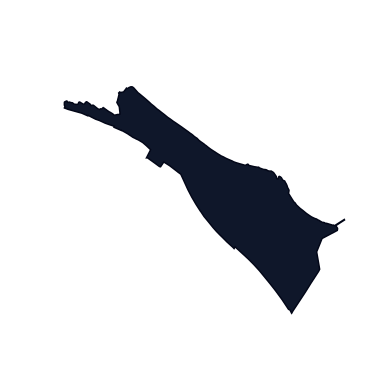 Ainaži, Salacgrivas, Latvia, rotated 112°
{"feature_id": "27541924B80186779852289", "entity_name": "Ainaži", "entity_type": "district", "adm_level": 2, "iso_a3": "LVA", "parent_name": "Latvia", "parent_adm1": "Salacgrivas", "projection": "mercator", "projection_center": [24.349, 57.852], "detail": "fine", "context": "isolated", "style": "filled", "palette": "ink", "viewbox_px": 384, "rotation_deg": 112, "n_neighbors": 0, "source": "geoboundaries", "source_scale": "gbopen_adm2", "svg_char_len": 4781}
<svg xmlns="http://www.w3.org/2000/svg" viewBox="0 0 384 384"><g transform="rotate(112 192 192)"><path d="M148.7,306.8L149.0,307.0L149.1,307.7L149.1,307.9L150.1,308.8L150.1,308.7L150.2,308.8L150.2,309.0L150.2,309.4L150.2,309.9L149.9,311.3L148.7,315.2L148.5,315.9L148.8,316.8L148.9,317.0L149.1,317.3L149.5,317.5L149.7,317.8L149.8,318.0L149.7,318.2L148.9,319.0L148.5,320.0L148.4,320.8L147.8,323.1L147.8,323.4L147.9,323.7L148.3,324.0L149.0,324.4L149.8,324.5L150.3,324.5L150.6,324.6L150.9,324.9L151.1,325.2L151.2,325.5L151.1,326.9L151.0,327.8L150.7,329.0L150.7,329.6L150.7,329.9L150.8,330.2L151.0,330.4L151.4,330.6L151.7,330.6L152.5,330.5L153.1,330.6L153.5,330.9L153.6,331.1L153.9,331.6L154.3,332.8L154.5,333.3L154.6,333.9L154.6,334.5L154.5,335.0L154.1,336.0L154.1,336.5L154.3,337.0L154.4,337.8L154.6,339.6L155.5,340.8L155.2,341.3L154.6,341.8L154.5,342.1L154.6,342.4L155.2,343.0L156.3,343.9L156.7,343.9L158.6,343.2L159.4,342.8L160.3,341.8L161.1,341.8L161.4,341.9L161.9,341.8L161.8,337.8L160.8,328.9L160.2,323.7L160.4,317.8L160.4,317.0L159.8,316.9L160.2,313.3L160.4,310.9L160.6,308.7L160.4,304.6L160.6,300.1L160.7,298.8L160.7,297.9L160.5,293.6L160.3,290.6L160.3,289.5L160.3,289.0L160.2,288.7L161.2,288.6L161.3,284.7L161.4,280.3L161.2,280.3L161.8,275.7L162.1,273.5L162.5,271.7L162.9,269.6L163.2,268.2L163.3,268.0L163.5,266.5L163.5,265.4L163.6,264.6L163.7,264.0L163.8,261.2L164.6,256.2L166.1,251.8L168.3,246.2L177.4,247.0L177.0,246.1L179.2,237.1L180.4,232.5L180.6,231.6L180.5,230.9L180.4,230.6L174.8,229.4L174.9,228.6L176.0,222.5L178.5,213.5L178.8,212.6L179.7,209.0L184.7,203.7L190.3,197.8L191.6,196.4L196.8,190.3L201.9,183.7L206.5,177.2L206.8,176.6L210.3,171.5L210.4,171.3L210.5,171.1L210.6,170.9L213.8,165.0L217.1,159.1L218.7,155.9L218.9,155.5L219.3,154.7L221.2,150.4L222.5,147.2L225.2,140.9L228.0,133.3L228.7,131.8L226.7,131.5L232.9,115.0L236.1,107.5L239.7,100.0L247.8,85.2L252.3,77.4L258.0,68.2L264.6,58.6L264.8,56.8L266.7,54.7L266.9,54.5L267.1,54.2L266.5,54.1L264.7,53.9L242.4,49.4L232.1,47.6L218.2,44.9L215.8,44.7L209.8,48.4L201.3,53.7L200.6,54.0L200.3,54.0L186.4,54.0L173.2,42.9L171.6,43.2L170.9,43.7L170.1,45.0L169.3,46.0L165.2,43.2L160.8,40.1L160.4,40.5L169.5,47.0L169.8,47.2L169.8,47.9L169.7,48.0L169.7,48.3L169.8,48.3L169.9,48.6L170.0,48.7L170.0,48.9L170.1,49.0L170.1,49.8L170.6,55.1L170.7,55.3L170.9,55.5L171.0,55.6L171.0,55.8L171.0,56.0L170.9,56.0L171.0,56.2L171.0,56.5L171.1,56.9L171.0,57.1L170.9,57.2L170.8,57.6L170.9,58.6L171.0,58.7L171.1,59.1L171.2,59.4L171.2,59.5L171.3,59.7L171.3,59.8L171.3,60.1L171.0,62.1L170.8,63.2L170.7,63.8L170.7,65.1L170.6,65.3L170.5,65.6L170.5,66.1L170.5,66.5L170.4,66.6L170.4,66.9L170.5,67.1L170.5,67.9L170.5,69.2L170.3,71.9L169.8,74.4L169.0,77.9L167.6,82.3L166.7,85.6L165.9,87.7L165.3,89.2L165.0,90.1L163.4,92.5L163.0,93.9L157.3,101.8L156.5,102.2L156.1,102.2L155.8,102.2L155.4,102.4L155.1,102.4L154.8,102.5L154.3,102.6L153.8,102.9L151.8,105.3L151.0,105.8L150.4,106.4L149.8,107.0L149.3,107.5L148.4,108.7L147.1,110.2L147.0,112.3L145.2,114.6L144.8,116.0L144.8,116.9L145.1,117.2L145.9,117.3L147.6,117.1L147.9,117.7L147.9,118.3L147.5,118.8L146.0,119.7L145.0,121.2L143.4,123.7L142.9,126.4L143.5,127.8L143.8,128.9L143.8,130.0L143.6,130.8L143.6,131.9L144.3,134.4L144.4,138.2L144.4,138.7L144.1,139.1L144.0,139.5L144.4,140.2L145.2,143.7L146.1,149.6L145.4,150.0L145.3,150.4L145.4,150.9L145.7,151.2L146.9,152.2L147.4,152.8L147.5,154.4L147.9,157.9L148.3,162.1L148.4,164.8L148.2,166.1L148.1,171.1L148.0,173.5L147.7,175.9L147.6,178.7L146.6,184.2L145.3,190.8L144.3,194.5L143.7,196.3L143.4,197.8L143.0,198.8L142.1,202.7L141.5,204.9L140.8,206.4L140.3,207.5L140.1,208.7L139.6,210.8L138.9,212.7L138.5,214.1L138.1,216.1L137.5,218.1L137.0,220.3L135.6,226.0L133.9,233.6L133.5,235.7L132.4,239.9L131.9,242.4L130.6,246.5L129.6,250.1L128.7,253.1L128.1,255.6L126.7,259.4L125.7,262.8L124.6,265.6L122.9,270.5L120.7,277.4L120.2,279.2L117.3,285.0L116.9,286.5L117.0,287.2L117.3,288.0L117.9,288.7L118.8,289.6L119.6,290.1L120.3,290.7L120.2,291.7L121.8,292.0L122.9,292.4L124.9,292.9L125.3,293.6L126.5,295.5L126.3,296.5L127.7,297.1L128.6,296.3L129.0,296.2L132.2,295.7L132.9,295.6L133.2,295.6L135.6,295.2L136.9,295.3L137.2,295.1L137.7,294.5L139.6,292.1L140.0,291.5L141.4,290.7L143.5,289.6L144.9,288.8L145.2,288.6L145.9,288.4L146.2,288.2L146.4,288.0L146.5,287.9L146.8,288.0L147.0,288.3L147.4,288.7L147.5,288.8L148.1,290.2L149.0,291.4L149.5,292.2L149.6,292.3L149.7,292.7L149.9,293.0L149.9,293.4L149.7,293.6L149.6,293.9L149.5,294.2L149.3,294.5L149.2,295.0L149.1,295.5L149.0,296.3L148.8,297.2L148.8,297.7L148.7,298.2L148.7,298.7L148.6,299.2L148.3,300.5L148.0,301.8L147.8,302.4L147.7,303.1L147.6,303.4L147.5,303.7L147.4,304.2L147.3,304.7L147.2,304.9L147.1,305.1L147.1,305.3L147.1,305.5L147.2,305.8L147.1,306.0L148.7,306.8Z" fill="#0f172a" stroke="#020617" stroke-width="1.5"/></g></svg>